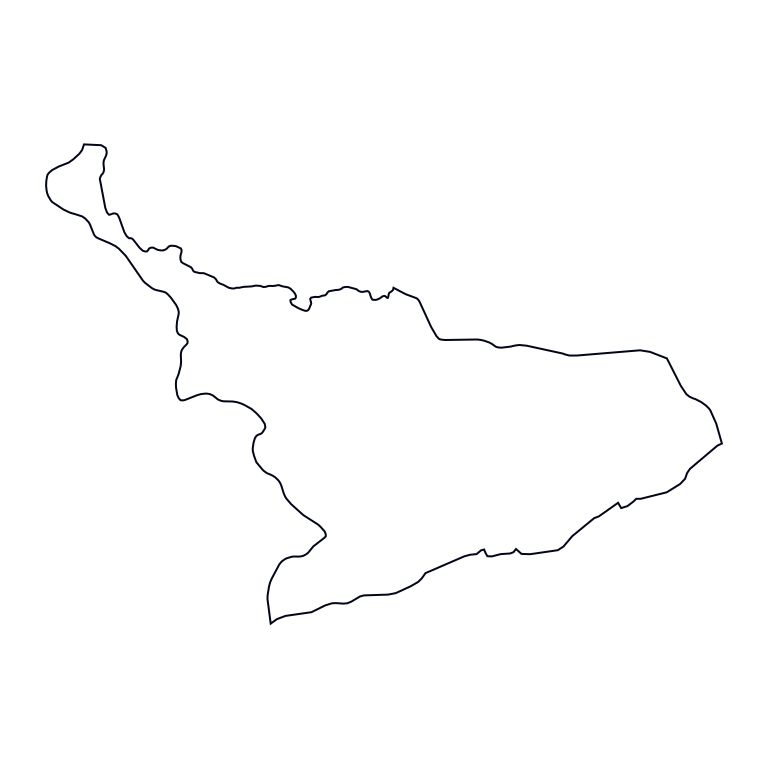 the border of Central
{"feature_id": "GHA-2160", "entity_name": "Central", "entity_type": "Region", "adm_level": 1, "iso_a3": "GHA", "parent_name": "Ghana", "parent_adm1": "", "projection": "orthographic", "projection_center": [-1.513, 5.658], "detail": "fine", "context": "isolated", "style": "outline", "palette": "ink", "viewbox_px": 768, "rotation_deg": 0, "n_neighbors": 0, "source": "natural_earth", "source_scale": "10m", "svg_char_len": 4753}
<svg xmlns="http://www.w3.org/2000/svg" viewBox="0 0 768 768"><path d="M721.9,443.5L717.3,445.7L690.0,468.8L687.1,473.0L685.1,478.8L680.1,484.0L666.7,492.3L640.7,498.8L636.2,498.8L633.5,501.5L627.4,506.1L621.2,508.1L618.1,502.8L598.8,516.4L594.1,518.2L572.3,536.1L563.4,546.6L557.8,550.2L530.1,554.2L521.5,553.9L516.0,549.0L513.5,552.2L510.0,553.5L500.8,554.1L491.8,556.4L487.4,556.2L485.5,552.9L484.1,549.5L481.1,550.3L476.6,554.1L470.4,554.7L464.4,556.3L425.5,573.1L421.6,578.6L418.2,581.9L410.6,586.3L395.8,593.1L388.2,594.6L363.9,595.4L359.9,596.5L351.2,601.7L347.2,603.3L343.4,603.6L335.7,603.1L331.9,603.3L325.0,605.5L311.4,612.2L285.5,615.9L277.0,619.1L270.7,623.6L267.5,599.2L267.6,595.2L269.1,586.1L270.3,581.9L272.0,578.1L279.3,564.4L281.6,561.6L283.0,560.5L284.6,559.4L286.2,558.5L287.9,557.9L291.6,556.8L293.5,556.5L298.6,556.6L300.7,556.4L302.7,556.0L304.3,555.3L305.9,554.4L307.4,553.4L308.7,552.1L313.3,546.4L324.5,537.7L325.7,536.4L325.8,534.4L324.7,531.5L320.8,527.1L318.4,524.8L303.3,515.1L291.1,504.1L286.3,498.5L285.0,496.3L283.8,493.6L281.2,485.3L279.9,482.5L278.3,480.3L275.2,477.3L272.9,475.8L270.5,474.6L266.8,473.1L263.7,470.8L262.4,469.5L256.4,462.3L254.0,455.7L252.9,451.3L252.7,449.1L252.9,446.9L253.6,442.5L254.8,438.5L255.7,436.8L256.9,435.5L258.5,434.6L260.2,434.1L261.8,433.2L262.9,431.8L264.8,428.8L265.3,427.2L265.1,425.6L264.7,423.8L261.1,418.3L256.4,413.2L251.4,408.9L244.7,405.1L241.1,403.5L237.1,402.2L232.6,401.5L223.6,401.3L221.4,400.9L219.5,400.2L217.7,399.3L213.4,395.8L211.7,394.9L209.8,394.1L207.5,393.7L205.2,393.6L200.9,394.1L197.1,395.2L184.7,400.1L182.7,400.4L180.6,400.2L178.8,398.3L177.3,395.0L176.0,387.4L175.9,383.5L176.2,380.1L178.6,374.1L180.7,366.0L181.1,361.9L180.8,354.4L181.1,352.2L181.7,350.3L182.7,348.7L183.8,347.2L186.4,344.6L187.5,343.2L187.6,341.2L186.8,339.0L184.0,336.9L179.3,334.7L177.8,333.1L176.9,330.8L176.6,326.8L177.1,321.1L178.6,314.3L178.8,312.1L178.0,308.8L176.1,304.9L171.0,297.8L168.2,294.7L165.8,292.6L164.0,291.9L155.2,289.8L153.3,288.9L151.6,287.9L144.9,282.7L143.7,281.5L142.7,280.3L125.8,255.9L118.7,248.5L117.2,247.5L115.8,246.3L110.1,243.4L98.4,238.4L96.8,237.6L95.5,236.6L94.1,234.8L90.1,224.8L88.9,222.5L85.2,218.5L82.1,216.4L74.4,213.9L72.4,213.4L69.4,212.4L63.4,209.5L52.4,202.2L51.0,200.7L48.2,196.0L47.1,193.0L46.6,190.6L46.1,185.8L46.3,181.1L47.0,176.6L47.6,174.6L49.4,172.4L52.3,170.0L58.6,166.6L68.7,162.6L73.3,159.3L79.4,153.7L82.1,150.0L84.0,144.4L101.2,145.2L105.6,147.9L106.4,150.5L106.7,152.2L106.5,154.2L105.9,156.0L104.2,159.5L103.6,161.6L103.5,164.0L104.1,169.4L103.7,171.6L103.0,173.3L101.7,174.6L100.6,176.5L99.8,178.8L105.3,207.9L107.0,212.4L108.9,214.7L110.1,214.6L113.0,213.5L114.9,213.4L117.3,214.3L119.1,217.5L124.4,232.3L126.7,236.2L129.0,238.2L130.6,238.2L132.1,238.6L133.5,240.0L139.5,247.7L142.9,250.8L145.2,251.5L147.0,251.4L148.1,250.2L149.0,248.6L150.7,247.7L153.1,247.6L157.8,249.9L160.9,250.4L163.3,250.4L165.1,249.7L166.5,248.9L168.7,246.6L170.1,245.9L171.9,245.7L175.8,246.1L180.8,248.4L181.6,250.1L181.5,251.9L181.0,253.6L180.5,255.7L180.4,257.0L180.4,258.9L181.1,261.6L182.8,263.1L190.9,267.2L192.1,268.6L193.2,270.8L194.5,271.9L199.8,273.1L203.9,273.2L214.0,277.4L215.9,279.2L217.6,282.1L220.1,283.6L223.3,284.8L228.9,287.8L232.3,288.5L234.7,288.4L236.6,287.7L239.1,287.8L243.3,286.9L251.7,286.4L255.6,285.6L260.3,285.9L263.3,287.0L265.4,286.9L268.9,285.9L272.9,286.0L274.9,285.8L276.8,285.4L278.8,285.1L282.3,286.3L288.3,287.4L290.6,288.8L293.5,291.7L295.0,293.7L295.9,295.7L295.9,297.4L295.2,298.6L293.7,299.0L292.0,299.3L290.4,300.2L290.6,302.0L292.0,304.5L298.0,308.0L301.4,309.5L304.7,310.7L306.5,310.9L308.1,310.2L309.1,308.8L311.2,303.7L311.0,301.9L310.5,300.4L310.2,298.9L311.0,297.7L314.6,296.9L318.7,297.0L320.4,296.5L321.9,295.8L325.2,295.3L326.4,294.2L327.4,292.7L328.7,291.3L335.8,290.0L337.9,289.9L339.8,289.5L341.5,288.8L342.7,287.6L344.9,287.0L347.9,286.9L356.4,289.2L358.9,291.1L360.9,291.8L363.0,291.9L365.1,291.4L367.6,291.1L369.1,292.0L369.9,293.7L370.5,295.8L371.2,297.7L372.3,299.6L373.9,299.9L375.9,299.9L377.8,299.3L379.6,298.5L382.6,296.3L384.5,295.9L385.7,296.5L386.8,297.7L387.8,297.9L388.3,296.6L388.6,294.7L389.2,292.9L391.8,291.2L392.6,290.4L393.1,289.7L393.5,287.8L405.7,294.2L416.7,298.3L418.4,299.9L419.5,301.6L431.1,326.9L436.5,336.2L438.5,338.4L439.4,339.1L441.8,339.7L445.2,340.0L477.4,339.5L480.0,339.8L483.5,340.5L489.1,342.4L491.9,343.9L495.6,346.6L498.0,347.4L501.4,347.7L510.6,346.6L515.2,345.5L519.4,345.0L526.7,345.7L563.0,353.6L564.9,354.4L569.2,355.5L577.2,355.5L640.1,350.3L650.1,351.9L666.9,358.4L680.8,385.8L686.3,394.1L689.5,396.7L693.2,398.4L695.2,399.0L701.1,402.0L706.2,405.7L708.6,408.1L710.3,410.3L716.2,423.5L721.9,443.5Z" fill="none" stroke="#020617" stroke-width="2"/></svg>